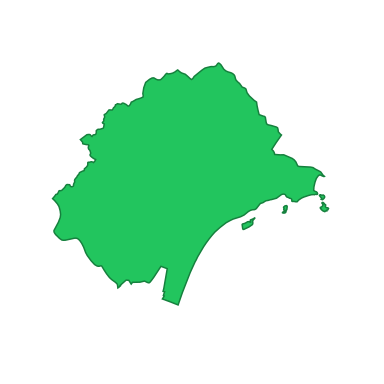 the district of Quang Trach, Quảng Bình, Vietnam, rotated 35°
{"feature_id": "81297802B61927033163821", "entity_name": "Quang Trach", "entity_type": "district", "adm_level": 2, "iso_a3": "VNM", "parent_name": "Vietnam", "parent_adm1": "Quảng Bình", "projection": "robinson", "projection_center": [106.399, 17.873], "detail": "fine", "context": "isolated", "style": "filled", "palette": "green", "viewbox_px": 384, "rotation_deg": 35, "n_neighbors": 0, "source": "geoboundaries", "source_scale": "gbopen_adm2", "svg_char_len": 5942}
<svg xmlns="http://www.w3.org/2000/svg" viewBox="0 0 384 384"><g transform="rotate(35 192 192)"><path d="M245.4,292.5L241.8,279.9L236.7,259.0L234.6,247.6L234.4,245.4L233.8,241.8L232.9,230.4L232.8,226.0L232.9,221.1L233.2,216.3L233.7,211.8L235.3,204.9L237.6,197.5L239.8,193.1L241.2,190.6L246.0,184.4L247.9,180.9L249.3,175.9L250.2,173.9L251.0,172.7L251.8,171.8L253.3,170.6L253.7,170.0L254.2,168.8L254.5,163.0L254.7,162.0L256.2,160.1L257.5,156.9L259.4,155.0L260.6,153.4L261.4,152.7L264.8,148.6L266.5,143.5L267.0,142.4L267.9,141.4L268.8,140.9L269.5,140.7L270.1,140.7L271.4,141.4L272.6,141.7L274.2,141.2L275.3,141.2L276.9,140.6L277.6,140.7L278.1,141.0L279.0,142.2L279.3,142.2L279.8,142.1L280.8,141.3L282.6,140.5L283.5,139.9L283.8,139.5L283.9,137.7L285.2,134.2L286.5,132.0L289.3,128.2L291.3,125.8L293.2,124.3L293.9,124.0L294.3,123.2L294.8,122.8L295.6,122.5L296.0,122.0L296.0,121.7L295.8,121.3L294.9,120.7L293.9,120.5L292.3,120.9L290.8,120.9L289.0,118.0L287.2,113.6L286.2,110.0L286.1,109.5L286.1,106.6L286.5,105.1L287.6,104.4L289.2,104.2L290.9,103.8L291.3,103.6L291.5,103.2L289.8,103.1L286.2,101.8L284.9,101.8L280.0,102.5L277.1,102.6L274.8,103.6L265.0,109.7L263.9,110.0L263.1,109.7L261.4,108.7L259.9,107.8L257.4,107.1L254.9,107.0L245.8,108.9L243.1,110.9L238.2,113.8L236.8,112.6L235.3,111.8L232.9,111.3L232.6,103.1L232.6,94.0L231.1,93.9L228.2,93.2L226.4,91.2L225.2,90.3L223.8,90.4L218.7,92.1L215.9,93.3L214.1,93.4L212.6,92.2L209.2,88.7L208.1,88.5L206.5,89.1L202.6,90.1L199.2,87.2L195.6,83.8L193.3,81.3L190.2,81.3L183.8,80.4L180.1,79.1L177.1,76.7L175.6,76.6L172.9,77.3L168.7,75.8L166.2,75.6L163.7,75.0L162.3,74.0L160.6,72.5L159.3,71.9L157.4,71.7L155.4,72.0L152.5,73.0L150.2,73.4L147.7,73.2L142.8,71.2L140.6,70.9L139.7,71.2L139.4,72.1L139.4,74.0L139.2,75.3L138.0,76.8L135.7,78.3L133.6,80.6L131.5,83.1L130.2,86.6L127.5,96.1L127.6,98.7L127.1,100.1L125.6,100.2L122.0,99.7L119.0,99.4L115.0,100.5L112.8,100.5L110.3,100.2L110.1,100.5L109.1,103.6L107.9,105.8L106.3,107.6L104.7,109.0L103.7,109.1L103.2,109.4L102.9,110.7L102.8,113.2L102.4,115.7L102.0,117.6L101.7,118.2L101.1,118.8L99.7,119.8L98.0,120.2L95.3,120.4L93.9,121.5L92.6,124.0L91.2,128.8L92.7,134.3L95.3,139.6L96.8,141.1L97.4,142.4L96.0,144.7L94.7,146.4L93.2,148.2L91.6,151.8L90.7,153.2L91.2,155.6L91.1,157.3L90.8,157.9L90.3,158.3L87.9,158.1L85.5,158.4L84.3,158.8L83.8,159.5L83.8,160.4L83.1,161.1L80.2,162.5L79.8,163.9L79.3,164.4L79.8,165.9L79.8,166.6L79.4,168.1L79.6,168.8L79.6,170.2L79.5,170.7L77.0,172.3L76.9,172.6L76.7,176.9L76.1,178.1L75.8,179.2L77.0,180.1L77.6,181.1L77.8,182.2L77.8,182.7L77.9,183.1L78.5,183.5L78.7,183.9L78.9,184.5L78.9,185.3L78.8,186.3L78.8,186.5L79.3,186.8L80.0,186.8L81.1,186.6L82.4,189.5L82.7,190.4L82.6,190.8L80.7,193.3L80.0,193.9L79.3,194.3L78.8,194.9L78.4,196.4L78.5,196.9L79.3,197.9L79.8,198.9L80.0,199.6L79.9,200.2L79.6,200.7L78.6,201.6L78.3,202.1L78.3,203.9L77.9,204.0L75.7,203.5L75.0,203.7L73.8,204.6L73.0,205.4L70.5,213.1L73.4,213.8L73.8,214.0L74.8,215.1L75.2,215.1L76.0,214.7L77.8,214.0L80.0,212.8L80.5,212.9L80.8,213.1L81.3,214.7L81.8,215.4L82.7,216.1L84.5,216.5L86.7,218.2L86.9,218.7L87.0,219.7L87.4,220.3L88.1,220.7L89.4,220.9L91.3,221.0L93.3,220.9L94.4,220.6L94.6,221.5L94.7,222.6L94.4,224.4L93.8,224.4L92.9,224.6L92.1,225.0L91.0,226.4L90.0,227.1L89.8,227.4L89.8,227.7L91.0,229.5L91.3,230.6L91.2,232.2L90.6,234.6L90.6,234.9L91.2,235.8L91.3,236.1L91.3,236.5L90.4,237.6L89.0,240.1L88.8,240.7L88.8,241.2L89.1,242.2L89.1,243.0L88.8,244.0L89.1,246.1L88.8,247.8L88.9,249.3L89.4,250.3L90.2,251.0L90.3,252.4L90.6,253.7L91.4,254.9L91.4,255.4L90.8,256.4L89.9,257.0L89.0,257.0L87.6,256.2L85.4,257.5L85.0,258.2L84.9,259.2L85.1,261.1L85.0,261.8L84.4,265.2L84.1,265.7L83.7,266.3L83.0,266.6L82.4,267.3L82.9,270.5L82.8,271.2L82.2,271.6L81.9,272.2L81.9,274.3L81.6,277.4L84.3,277.8L88.5,278.9L91.4,280.2L94.9,283.1L97.3,285.8L98.7,288.5L99.9,293.4L101.0,302.6L101.3,303.2L102.4,304.2L104.7,305.1L107.3,305.5L110.1,306.0L112.9,306.0L114.5,305.2L116.0,304.0L122.3,297.2L123.5,296.3L124.6,295.9L126.1,295.8L128.1,296.2L131.1,297.3L135.0,299.4L139.6,302.6L142.6,304.1L148.8,306.2L153.8,307.3L156.5,307.1L157.6,306.7L158.6,306.0L159.8,304.6L160.3,304.5L160.7,304.5L164.9,306.4L168.9,308.0L173.4,309.4L176.2,309.8L181.2,309.9L183.4,310.3L184.1,310.7L186.3,313.1L186.7,312.1L187.2,309.8L186.7,309.7L188.6,301.9L190.9,300.6L195.0,302.3L195.1,300.1L201.1,295.7L204.2,292.2L207.3,291.7L208.5,291.3L209.0,290.9L209.3,290.1L209.5,287.9L209.6,283.9L209.2,270.7L215.7,269.0L224.2,287.1L225.3,290.0L226.8,289.4L227.9,293.2L228.9,293.1L229.1,296.6L237.8,294.3L245.4,292.5ZM255.9,192.9L258.7,188.0L260.1,184.3L260.1,183.5L259.7,182.6L258.3,180.9L258.2,180.1L258.5,177.5L258.2,177.3L257.2,179.4L256.0,181.2L255.9,181.6L256.2,182.0L257.3,183.0L257.1,183.3L256.7,183.5L255.9,183.5L255.2,183.9L254.6,184.5L253.5,187.0L251.7,189.3L251.7,189.8L251.9,190.1L254.7,193.1L255.4,193.3L255.9,192.9ZM310.0,127.7L309.5,127.3L309.2,126.9L309.2,126.4L309.0,126.0L308.9,125.9L307.3,125.8L306.6,125.5L305.4,125.4L305.0,125.6L304.8,125.8L304.7,126.5L306.6,127.3L306.8,127.8L306.9,128.7L306.8,129.6L306.0,131.0L306.1,131.3L306.5,131.7L307.2,131.7L307.5,131.8L307.7,132.2L310.1,132.4L310.9,132.2L311.6,132.1L312.1,131.9L312.2,131.7L312.1,131.3L312.2,131.1L313.2,130.2L312.9,130.0L312.8,129.6L313.1,129.2L313.5,128.8L313.3,127.2L312.6,127.0L312.1,127.1L311.4,127.6L310.0,127.7ZM279.3,154.5L280.0,153.6L279.8,153.4L279.3,153.3L279.8,152.6L279.7,151.8L278.3,149.3L278.1,149.1L277.6,148.9L277.1,149.0L276.8,149.3L276.1,150.1L275.7,151.7L276.0,152.3L276.7,152.5L276.9,152.7L277.0,153.5L278.0,154.3L278.5,154.9L278.5,155.4L277.9,156.4L278.0,157.1L278.4,157.1L279.5,156.5L280.2,155.7L280.5,155.0L280.3,154.6L279.3,154.5ZM303.7,122.2L303.8,121.0L303.6,120.0L303.2,119.6L302.4,119.2L301.2,119.2L300.2,120.2L298.9,120.5L298.6,120.7L298.3,121.4L298.3,121.6L298.6,121.9L300.7,122.5L301.5,122.5L301.9,122.9L301.9,123.8L302.4,123.6L303.0,123.7L303.4,123.3L303.7,122.2Z" fill="#22c55e" stroke="#15803d" stroke-width="1.5"/></g></svg>